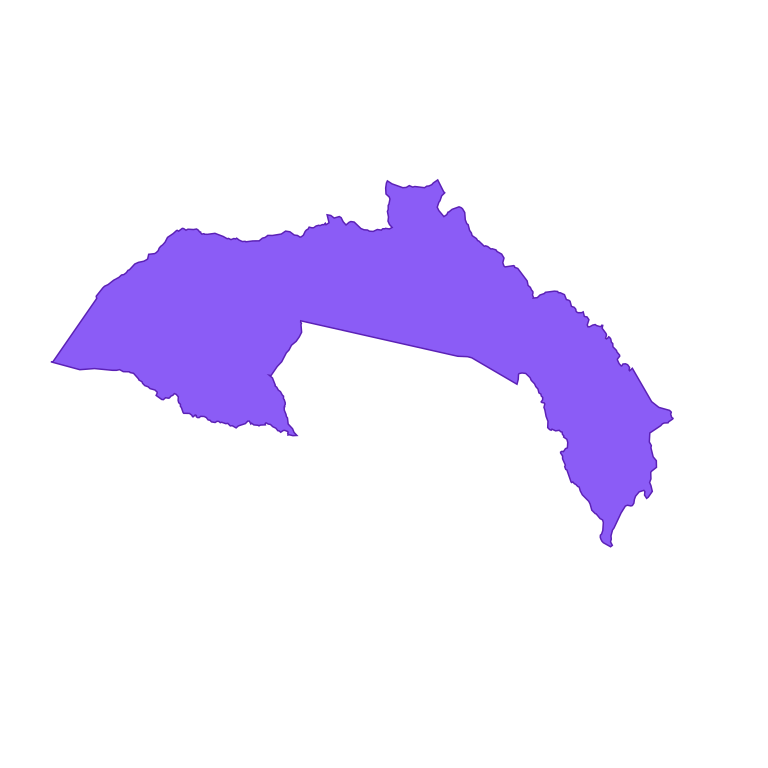 Calcahualco, Veracruz, Mexico (orthographic projection), rotated 39°
{"feature_id": "50627088B11703653351845", "entity_name": "Calcahualco", "entity_type": "district", "adm_level": 2, "iso_a3": "MEX", "parent_name": "Mexico", "parent_adm1": "Veracruz", "projection": "orthographic", "projection_center": [-97.165, 19.101], "detail": "fine", "context": "isolated", "style": "filled", "palette": "violet", "viewbox_px": 768, "rotation_deg": 39, "n_neighbors": 0, "source": "geoboundaries", "source_scale": "gbopen_adm2", "svg_char_len": 6170}
<svg xmlns="http://www.w3.org/2000/svg" viewBox="0 0 768 768"><g transform="rotate(39 384 384)"><path d="M111.2,576.4L138.6,564.3L149.3,554.2L164.4,544.2L167.5,541.7L169.5,539.2L173.6,538.5L178.5,534.7L179.5,534.9L182.6,533.3L189.9,534.5L190.9,535.1L194.5,534.6L196.0,535.4L199.1,535.8L202.5,534.6L205.1,534.8L209.8,532.8L212.8,533.1L213.5,533.9L214.1,536.3L221.0,535.9L222.4,535.0L222.9,532.1L225.4,530.7L226.0,529.9L226.1,527.3L227.0,525.7L227.1,523.4L229.0,522.8L232.2,523.4L234.3,526.3L236.2,527.7L238.6,527.9L239.8,529.5L241.3,529.8L245.8,532.6L246.8,532.8L251.3,529.3L254.2,529.2L255.8,529.9L256.4,529.5L256.7,527.1L257.2,526.7L258.0,526.6L258.5,527.5L260.1,527.5L261.5,526.4L261.9,524.5L264.7,522.4L267.1,521.9L269.9,522.6L271.6,521.7L273.8,522.0L277.0,520.2L277.7,518.1L279.2,517.0L281.1,517.1L281.9,515.9L286.0,514.4L287.4,512.9L290.9,513.3L292.3,511.9L296.7,511.2L297.2,508.2L301.2,502.0L301.5,498.6L302.7,497.6L305.7,498.9L305.8,497.8L308.6,497.7L312.0,495.4L313.2,495.2L313.8,493.7L317.5,490.4L316.7,489.8L316.6,488.9L317.1,488.3L319.2,488.0L321.2,486.9L324.3,487.2L327.8,486.4L330.9,487.1L332.1,486.4L334.1,486.5L334.9,483.6L336.0,482.5L339.0,481.5L339.8,481.8L340.2,482.9L340.7,483.0L341.4,484.1L342.5,483.0L345.7,481.5L348.7,478.8L344.5,478.2L341.1,476.3L334.7,475.4L330.3,471.1L328.6,470.7L327.0,469.3L323.0,467.1L320.9,464.7L321.2,464.1L320.4,463.5L320.1,462.1L319.0,460.7L316.2,458.9L315.1,458.7L313.6,456.7L312.0,456.6L308.3,455.1L305.6,455.2L302.7,454.0L300.5,454.0L300.2,453.3L293.5,449.5L289.4,449.4L290.9,448.6L290.0,437.5L290.5,431.0L288.5,421.3L288.8,417.4L287.7,412.1L288.9,406.1L288.5,400.7L287.4,395.6L282.2,390.2L281.6,388.7L280.4,388.5L279.5,387.3L423.9,316.0L431.7,310.2L435.7,308.4L487.5,300.5L485.4,295.9L482.5,291.9L482.4,290.9L484.3,288.6L487.5,286.6L493.5,287.1L496.1,288.5L500.9,289.1L503.6,290.5L506.8,291.0L510.0,293.4L512.2,293.1L513.9,294.4L515.7,294.5L517.2,296.4L517.4,299.0L518.5,299.0L520.2,297.9L521.5,298.3L523.0,301.5L525.3,302.9L530.4,307.2L534.9,309.8L538.7,314.9L541.4,315.2L543.0,314.7L543.0,313.4L546.9,312.4L549.3,309.7L551.4,309.9L552.7,309.3L554.3,310.8L556.4,311.2L557.0,312.2L560.9,311.9L563.6,313.8L566.7,318.2L565.7,320.0L566.0,323.6L564.6,324.4L564.1,325.8L564.7,326.5L568.1,327.6L569.9,329.8L576.0,332.9L576.4,334.5L579.0,336.0L580.2,335.7L591.0,342.4L591.8,342.5L592.4,341.3L594.8,341.7L596.1,341.3L599.0,341.7L600.6,341.3L603.7,343.5L607.8,345.3L616.9,346.3L619.6,347.5L624.9,351.3L629.8,351.8L630.6,351.4L636.6,352.6L639.4,352.1L641.6,353.6L646.2,360.1L647.5,363.7L647.3,365.3L648.5,367.0L650.0,368.0L652.2,369.0L654.4,369.3L662.5,367.9L663.0,365.7L659.4,364.1L658.3,361.6L656.0,359.2L653.5,353.7L653.4,351.3L649.4,335.0L648.4,326.9L649.5,325.0L652.6,323.4L653.5,322.1L653.2,319.4L651.2,316.0L650.1,312.8L650.2,307.2L652.9,303.1L654.4,303.4L656.4,306.4L660.1,307.6L660.6,305.6L660.1,298.6L655.3,294.9L652.4,293.4L651.2,289.8L646.9,284.8L646.8,283.5L648.2,277.3L643.9,272.2L639.0,271.2L631.6,265.6L630.5,263.6L626.7,262.1L621.4,254.8L625.3,242.2L625.4,239.7L626.4,237.9L629.2,235.4L629.0,234.3L630.4,229.5L630.2,228.8L628.6,228.9L625.6,226.9L625.3,225.5L624.7,225.0L622.5,224.8L612.3,229.2L603.1,229.3L567.1,215.5L566.6,219.1L565.7,218.9L564.4,216.6L561.2,215.7L559.0,216.3L557.1,218.1L557.4,220.1L557.0,220.7L553.9,220.2L550.2,218.4L549.7,217.6L549.7,214.1L548.9,213.3L544.9,212.5L543.5,211.6L538.5,211.0L536.3,208.6L534.4,208.4L531.9,206.3L530.0,205.8L528.9,205.9L529.0,207.8L528.4,209.0L527.4,209.0L526.1,205.9L524.7,205.0L518.5,203.4L517.1,200.8L516.3,201.2L516.5,202.7L515.4,203.6L512.5,204.8L510.7,204.9L509.1,206.9L507.8,210.1L506.5,211.2L504.8,210.2L502.8,205.1L499.6,204.1L497.2,205.4L493.4,202.6L492.7,204.2L489.9,206.5L488.5,206.8L487.2,206.4L486.0,205.2L483.6,204.7L480.8,205.7L476.5,202.6L475.0,202.6L472.6,203.6L468.0,201.0L463.7,202.1L462.0,203.3L460.7,202.8L458.0,204.6L451.7,211.2L451.7,212.7L449.2,216.7L448.8,220.4L445.9,223.3L445.7,222.7L443.3,221.3L442.5,219.5L441.5,218.5L439.5,218.1L436.9,216.8L433.9,216.7L430.4,213.8L415.2,210.0L412.1,211.1L411.2,210.3L410.3,210.4L404.4,216.8L402.9,216.8L400.0,215.0L398.0,210.6L393.7,209.0L388.5,209.9L386.6,209.3L383.0,210.8L382.1,211.8L378.1,211.9L376.0,212.7L375.4,213.7L374.6,213.8L367.7,213.2L366.5,213.6L364.3,212.8L359.1,213.2L356.8,211.6L353.8,210.7L349.1,207.2L347.4,207.3L343.8,205.2L338.8,199.9L334.7,198.4L333.0,198.4L330.8,199.1L327.0,205.4L326.1,209.6L325.6,210.1L326.2,212.9L325.2,216.2L317.5,214.7L314.1,213.1L312.3,208.3L312.2,206.4L310.4,201.4L310.9,197.2L309.3,197.0L297.3,191.6L295.8,196.7L295.7,199.0L294.3,201.8L292.7,203.4L292.0,205.9L283.7,211.1L282.4,212.9L278.8,213.9L277.6,217.2L275.1,219.6L264.3,223.4L258.8,224.0L259.4,226.3L262.0,230.7L266.0,235.1L270.4,235.4L272.2,236.5L274.6,241.0L274.9,242.6L277.4,245.7L278.0,247.7L282.4,251.4L284.6,254.9L287.9,256.6L291.8,257.2L290.6,260.1L287.2,262.1L287.0,262.8L285.3,264.2L285.1,266.1L281.6,268.1L279.6,272.2L276.5,274.4L274.3,274.7L271.5,276.7L268.2,277.7L258.9,276.9L256.0,278.6L255.1,280.3L254.4,284.3L250.2,283.6L246.0,281.7L243.9,282.0L240.8,286.4L236.6,286.5L233.3,288.3L239.8,293.3L238.7,296.7L237.2,296.0L237.1,298.0L235.8,298.9L234.6,301.2L233.4,301.7L231.8,303.9L231.0,306.8L229.8,307.9L227.1,309.2L227.5,311.4L226.8,313.1L226.7,315.0L227.7,319.1L227.1,321.6L226.3,322.7L223.3,323.0L220.6,324.7L215.1,324.9L211.3,327.1L209.8,332.1L203.8,338.8L200.2,341.6L199.4,344.9L197.7,347.2L196.9,351.3L192.0,355.4L187.2,360.4L186.3,360.5L184.3,362.4L180.9,363.3L177.7,363.4L177.3,364.7L175.8,365.4L174.2,368.1L171.5,368.7L170.7,369.8L166.3,370.5L157.8,373.3L152.6,378.8L150.2,380.6L149.5,380.5L148.1,382.1L147.0,382.1L145.8,381.3L145.0,381.9L143.0,381.3L140.8,381.5L138.8,383.8L134.2,387.1L133.3,389.1L130.5,389.3L129.3,390.0L128.2,394.5L126.6,394.7L126.2,395.3L125.5,399.8L123.5,406.3L124.6,411.6L124.4,415.3L123.8,417.6L123.8,420.0L124.6,422.5L124.3,425.3L123.7,427.0L119.5,431.3L121.6,435.5L121.4,436.5L120.1,439.7L116.6,444.0L114.8,447.6L114.3,455.4L113.5,456.8L113.7,459.5L113.0,462.6L111.4,464.5L110.9,467.9L108.6,473.4L107.0,480.4L105.3,483.9L105.0,486.2L105.1,496.9L106.9,498.3L112.7,575.0L111.2,576.4Z" fill="#8b5cf6" stroke="#5b21b6" stroke-width="1.5"/></g></svg>